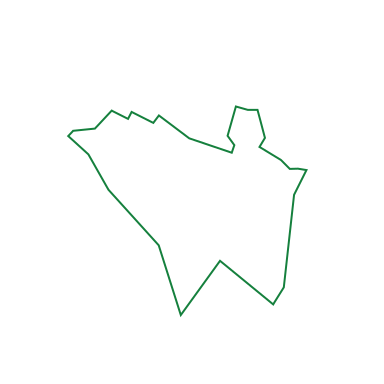 53, Ar Rayyān, Qatar, rotated 217°
{"feature_id": "91078587B25441317691063", "entity_name": "53", "entity_type": "district", "adm_level": 2, "iso_a3": "QAT", "parent_name": "Qatar", "parent_adm1": "Ar Rayyān", "projection": "mercator", "projection_center": [51.366, 25.28], "detail": "fine", "context": "isolated", "style": "outline", "palette": "green", "viewbox_px": 384, "rotation_deg": 217, "n_neighbors": 0, "source": "geoboundaries", "source_scale": "gbopen_adm2", "svg_char_len": 582}
<svg xmlns="http://www.w3.org/2000/svg" viewBox="0 0 384 384"><g transform="rotate(217 192 192)"><path d="M113.8,278.4L121.4,274.4L127.8,269.3L140.2,271.1L165.2,268.6L166.3,279.1L180.0,289.9L189.1,297.0L196.8,291.2L208.4,286.7L197.4,258.3L186.4,254.9L183.9,247.3L226.5,233.2L264.5,233.2L264.5,223.9L288.4,219.6L287.1,211.9L303.6,208.9L305.1,208.7L307.7,184.2L323.8,169.3L323.8,168.6L324.5,162.2L297.4,159.7L263.5,145.0L260.0,143.5L186.5,129.4L126.9,87.0L128.2,153.9L59.5,151.1L59.8,153.8L61.3,171.1L108.8,251.2L113.8,278.4Z" fill="none" stroke="#15803d" stroke-width="2"/></g></svg>